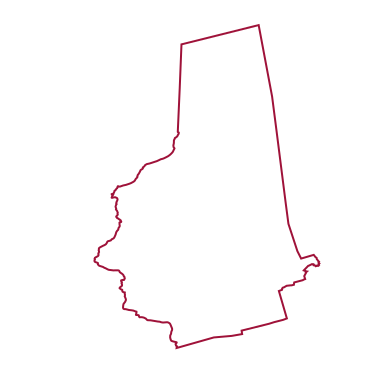 outline of Skútustaðahreppur, Norðurland eystra, Iceland, rotated 168°
{"feature_id": "244011B58365339597746", "entity_name": "Skútustaðahreppur", "entity_type": "district", "adm_level": 2, "iso_a3": "ISL", "parent_name": "Iceland", "parent_adm1": "Norðurland eystra", "projection": "natural_earth1", "projection_center": [-16.6, 65.112], "detail": "fine", "context": "isolated", "style": "outline", "palette": "rose", "viewbox_px": 384, "rotation_deg": 168, "n_neighbors": 0, "source": "geoboundaries", "source_scale": "gbopen_adm2", "svg_char_len": 5576}
<svg xmlns="http://www.w3.org/2000/svg" viewBox="0 0 384 384"><g transform="rotate(168 192 192)"><path d="M172.5,42.6L172.3,46.1L144.0,47.1L138.8,47.6L129.4,48.0L125.5,48.6L127.6,77.1L124.3,77.6L124.1,77.9L124.1,78.3L124.1,78.5L123.7,79.0L123.3,79.4L122.8,79.6L122.0,79.6L118.9,80.6L115.1,80.2L113.9,80.0L111.6,80.1L111.4,80.9L111.1,81.6L110.8,82.3L102.0,82.7L100.9,83.1L99.4,83.3L99.7,86.4L96.4,90.3L96.2,90.4L96.7,90.6L97.1,90.6L97.0,90.8L97.3,91.0L97.6,91.2L97.6,91.3L98.3,91.6L98.4,91.8L98.6,91.9L98.4,92.0L98.5,92.1L98.6,92.3L93.7,95.6L92.8,95.7L89.7,96.5L89.1,96.3L88.5,96.2L88.3,95.9L88.2,95.9L88.2,95.6L87.9,95.4L87.7,95.2L87.9,95.1L87.7,94.9L87.8,94.8L87.6,94.7L86.9,94.4L86.4,94.2L86.3,93.9L86.3,93.7L85.7,93.7L85.7,93.8L85.5,93.7L85.0,93.8L84.8,93.7L84.6,93.7L84.2,93.6L83.7,93.5L83.2,93.9L83.3,94.0L83.1,94.0L82.9,94.2L82.9,94.6L83.1,94.8L83.2,95.0L83.2,95.3L82.6,95.6L82.3,95.7L82.9,97.1L82.9,97.4L82.8,97.5L82.4,97.6L83.9,100.4L83.8,101.6L84.9,102.9L86.0,105.2L99.1,104.2L100.4,109.2L101.2,112.2L104.3,140.8L102.6,162.3L96.6,234.3L93.8,268.7L92.1,341.4L171.6,338.6L182.4,296.2L193.4,253.8L193.3,253.5L192.6,252.9L192.6,252.6L192.7,252.3L193.0,251.8L193.2,251.4L193.7,251.0L194.7,249.7L195.7,249.0L196.5,248.7L197.4,248.4L197.6,248.2L197.7,247.8L197.9,247.6L198.5,246.9L199.0,246.1L199.4,244.3L199.8,243.0L200.5,241.6L200.7,239.9L200.6,239.5L200.1,238.5L200.1,238.2L201.1,237.0L202.3,235.4L203.1,234.7L204.4,233.8L205.9,232.9L207.9,232.0L210.4,231.3L212.4,230.8L213.6,230.6L215.8,230.5L218.2,229.9L220.0,229.5L222.0,229.3L225.6,228.9L227.7,228.7L230.2,228.7L230.7,228.6L232.1,228.1L232.6,227.8L233.0,227.3L233.3,227.0L235.0,226.2L235.1,225.4L235.5,225.0L236.1,224.7L237.1,224.4L237.8,224.0L238.0,223.8L238.4,223.1L239.5,221.8L240.5,220.7L241.4,220.1L241.8,219.3L242.3,218.7L242.2,218.2L242.3,218.0L242.9,217.4L244.3,216.5L245.6,215.0L246.4,214.5L247.4,214.1L249.8,213.4L251.5,213.1L255.1,212.7L257.9,212.7L261.1,212.3L262.0,212.4L262.3,212.5L262.8,212.9L263.4,213.0L263.9,212.3L263.9,212.2L263.9,211.9L264.2,211.6L264.4,211.3L264.8,211.2L265.7,210.5L266.2,209.9L267.5,209.3L267.6,209.2L267.6,208.9L267.7,208.7L268.0,208.4L268.2,208.0L268.7,207.5L269.0,206.9L269.4,206.7L270.7,206.7L271.0,206.6L271.0,206.4L269.7,205.8L270.0,205.4L270.9,204.7L271.3,203.8L271.7,203.4L271.7,203.1L271.1,202.9L269.7,203.0L268.7,202.9L268.2,202.8L267.0,202.0L266.6,201.6L266.4,201.1L266.4,200.1L267.0,199.0L267.7,198.3L267.8,198.0L268.1,197.3L268.4,197.0L268.5,196.8L268.4,196.3L268.5,196.1L268.3,195.8L268.4,195.6L268.9,195.2L269.1,194.9L269.2,194.7L269.5,194.2L269.8,193.6L269.8,193.2L269.8,192.9L269.6,191.6L269.7,191.3L270.0,190.8L269.9,190.5L269.6,189.9L269.2,189.0L269.0,187.6L268.9,187.3L269.4,186.2L269.3,185.5L269.3,185.4L269.4,185.2L269.9,184.8L270.4,184.4L270.9,184.1L271.2,183.7L271.3,183.5L271.2,183.3L270.7,182.6L270.6,182.0L269.8,181.5L269.1,180.6L268.7,180.3L268.3,179.9L268.2,179.8L268.1,179.4L267.6,179.0L267.6,178.9L268.1,178.5L268.1,178.4L267.6,178.3L267.5,178.1L267.4,177.8L267.4,177.6L267.6,177.4L269.3,177.1L269.6,175.6L269.7,174.0L270.0,173.3L270.4,172.9L271.1,172.3L271.5,171.8L271.8,170.9L272.2,170.3L273.2,169.7L274.4,168.5L275.0,167.4L275.6,166.2L277.3,163.9L277.8,163.4L278.3,163.0L279.2,162.7L280.4,162.4L281.1,161.8L281.6,161.5L284.4,161.3L284.8,161.2L285.2,160.9L285.9,159.9L287.1,158.8L287.6,158.6L288.8,158.2L289.9,158.0L293.1,157.1L293.9,156.8L294.6,156.4L294.9,155.9L295.0,155.2L295.4,154.4L295.3,153.7L295.4,152.6L296.4,151.4L296.3,150.8L296.6,150.4L296.6,149.9L296.7,149.4L297.3,148.9L298.8,148.4L299.6,148.2L300.6,147.8L301.1,147.1L301.2,146.8L301.0,146.4L301.0,146.1L301.2,145.8L301.4,145.6L301.7,145.1L301.7,144.9L301.7,144.3L301.3,143.7L299.5,142.6L298.8,142.0L298.8,141.8L299.1,141.0L299.1,140.7L298.3,139.4L298.0,139.1L294.8,137.3L294.2,136.8L293.5,136.1L292.4,135.4L290.5,133.8L289.6,133.2L285.3,131.7L281.3,130.9L280.5,130.7L279.9,130.4L279.6,130.0L279.5,129.6L279.3,128.6L279.0,128.3L278.0,127.1L277.5,126.7L277.0,126.0L276.5,125.2L276.3,124.6L276.2,123.7L275.8,123.2L275.7,122.7L275.9,122.0L275.7,121.6L276.2,120.8L276.7,120.2L277.4,120.2L278.0,120.4L278.7,120.4L279.7,120.2L279.8,119.9L279.8,119.4L279.5,118.9L279.3,118.3L279.4,118.0L279.8,117.7L279.8,117.4L279.9,117.2L279.7,116.8L279.8,116.4L279.7,115.8L279.9,115.1L280.5,114.5L281.5,114.1L282.2,113.7L282.6,113.3L282.8,113.1L282.4,112.4L282.0,111.8L281.3,111.3L280.9,111.1L280.6,110.8L280.6,110.7L280.7,110.2L280.7,109.1L280.3,108.6L279.9,108.3L278.6,107.7L278.8,107.1L279.0,106.3L278.9,105.5L279.0,105.0L279.5,103.9L279.4,103.4L279.3,103.1L279.0,101.1L279.0,100.7L279.1,100.1L280.2,98.5L282.2,96.8L282.6,96.0L282.9,95.2L283.2,94.3L283.4,93.6L283.5,93.1L283.4,92.4L283.3,92.1L283.0,91.8L282.2,91.4L281.2,91.2L278.2,89.7L275.8,88.9L274.0,88.2L272.2,87.0L271.2,86.5L271.2,86.3L271.3,85.9L271.5,85.4L271.7,84.8L272.3,83.8L272.3,83.5L272.2,83.3L270.3,82.8L269.8,82.5L269.7,82.3L269.7,81.8L269.7,81.1L269.3,80.4L267.1,80.0L265.3,79.2L263.5,77.8L262.8,76.6L262.3,76.0L261.9,75.8L259.2,75.1L252.1,72.3L251.0,72.0L250.3,71.7L249.4,71.1L248.7,70.8L248.0,70.5L247.2,70.3L244.2,69.9L243.2,69.7L242.7,69.5L241.8,68.8L241.3,68.3L241.0,67.9L240.8,67.4L240.5,66.1L239.9,62.8L239.9,62.1L240.2,61.1L241.1,59.9L241.5,59.1L241.8,58.1L242.1,57.5L243.1,56.2L243.6,54.4L243.6,53.1L243.5,51.9L243.2,50.9L243.1,50.7L242.0,50.0L240.2,49.1L238.8,48.5L238.3,48.1L238.3,47.9L238.7,47.4L239.4,47.0L239.7,46.7L239.7,46.4L239.6,46.0L239.6,45.1L239.5,44.9L239.1,44.6L238.8,44.2L238.7,44.0L238.8,43.7L239.3,43.1L239.5,42.6L200.9,45.2L183.1,43.0L172.5,42.6Z" fill="none" stroke="#9f1239" stroke-width="2"/></g></svg>